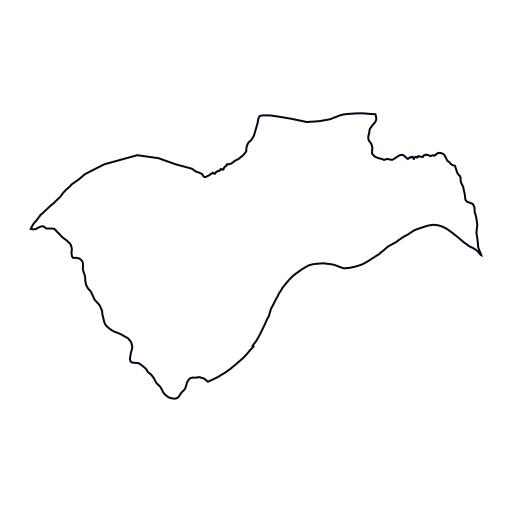 the district of Huoixai, Bokeo, Laos
{"feature_id": "54806243B92190499984155", "entity_name": "Huoixai", "entity_type": "district", "adm_level": 2, "iso_a3": "LAO", "parent_name": "Laos", "parent_adm1": "Bokeo", "projection": "orthographic", "projection_center": [100.641, 20.359], "detail": "fine", "context": "isolated", "style": "outline", "palette": "ink", "viewbox_px": 512, "rotation_deg": 0, "n_neighbors": 0, "source": "geoboundaries", "source_scale": "gbopen_adm2", "svg_char_len": 6001}
<svg xmlns="http://www.w3.org/2000/svg" viewBox="0 0 512 512"><path d="M375.4,114.2L370.8,114.0L364.2,113.4L360.1,113.3L356.1,113.4L347.2,114.0L343.3,114.5L340.1,115.3L335.9,117.0L334.0,117.6L330.9,119.0L326.8,119.9L324.0,120.3L322.5,120.6L318.9,121.2L315.0,121.5L311.3,121.7L306.7,122.0L291.0,118.7L276.4,116.3L270.0,115.4L262.6,115.4L259.6,116.0L258.3,118.8L257.5,123.4L253.9,135.8L251.4,139.9L248.4,142.7L247.3,144.8L246.4,147.9L246.2,151.5L243.1,155.3L238.1,159.3L236.9,159.7L234.3,161.2L233.3,162.1L231.3,163.5L229.7,164.1L228.7,164.2L226.9,164.3L226.7,165.2L226.4,165.8L225.2,166.5L224.1,167.6L223.9,168.2L223.4,169.4L222.8,169.7L222.2,169.7L221.8,169.1L221.1,169.1L220.5,169.2L220.3,169.8L219.9,170.5L218.4,171.1L217.3,171.2L216.9,171.7L216.1,172.0L215.6,172.4L215.4,173.3L215.1,173.7L214.4,173.7L213.7,173.3L213.4,173.2L213.1,172.9L212.7,172.7L212.0,173.5L210.6,174.1L209.5,175.1L209.2,175.3L208.3,175.7L207.6,176.0L207.0,176.3L205.9,176.9L205.5,177.1L204.2,176.9L203.4,176.1L202.6,174.9L202.0,174.0L200.7,173.4L199.8,173.0L197.4,172.0L195.3,171.2L191.9,168.7L175.3,164.2L158.5,158.2L137.3,155.2L104.3,164.3L87.4,172.9L84.5,174.5L79.8,178.6L77.0,180.7L72.7,183.6L71.4,184.7L69.0,187.3L66.4,189.4L63.3,192.7L61.3,195.4L60.2,196.9L58.6,198.4L56.7,200.2L53.7,203.2L50.8,205.5L48.9,207.2L47.1,209.0L45.3,210.5L43.7,212.2L40.6,214.9L36.2,220.8L34.2,222.9L33.1,224.5L32.4,225.7L30.7,228.9L31.5,229.1L32.8,229.3L33.9,229.3L35.7,229.1L37.4,228.1L39.0,227.3L41.0,226.5L42.0,226.3L43.0,226.3L43.5,226.4L44.3,226.9L45.8,228.3L46.6,228.5L47.7,228.6L51.2,228.5L53.6,228.7L54.4,228.9L54.7,229.3L55.1,229.9L55.5,230.1L55.9,230.2L56.1,230.7L56.7,231.5L58.7,233.3L59.6,234.3L60.2,234.8L60.8,235.8L61.3,236.3L62.0,236.8L62.7,237.5L64.5,238.9L66.9,240.6L68.2,242.0L69.3,242.8L70.3,244.1L71.1,245.6L71.4,246.9L71.8,248.5L71.8,250.4L71.5,251.8L71.5,253.3L71.8,255.4L72.0,256.4L72.5,257.2L73.0,257.8L73.9,257.9L75.6,257.8L78.3,258.2L79.4,258.6L80.2,259.0L80.7,259.5L81.9,260.9L82.4,261.5L82.9,263.1L83.0,264.5L83.0,266.5L82.8,268.3L83.1,270.2L83.6,272.0L84.3,274.1L85.0,276.1L85.2,278.0L85.2,280.2L85.8,283.6L86.3,285.3L87.6,287.8L89.2,289.8L90.2,290.8L91.3,292.3L91.7,293.5L92.9,295.9L94.3,299.1L95.1,300.3L96.3,301.5L97.1,302.5L98.1,303.5L99.1,304.6L100.0,306.0L100.6,307.6L101.2,308.8L101.9,310.5L102.2,312.0L102.3,313.8L102.9,316.6L103.2,317.6L104.3,322.3L105.4,324.5L106.5,326.0L109.0,328.3L112.2,330.5L113.8,331.4L115.8,332.2L117.6,332.9L121.2,334.4L124.6,336.4L126.3,337.3L128.0,338.3L129.2,339.8L130.6,341.3L131.4,343.0L132.3,346.8L132.0,348.9L131.5,350.7L130.8,353.1L130.5,355.3L129.9,359.1L130.4,361.0L131.4,362.3L131.8,362.3L133.8,362.8L137.8,363.0L139.5,363.7L142.8,366.1L145.2,368.2L145.7,368.6L146.7,369.9L147.4,371.4L149.0,373.0L151.1,374.5L152.3,376.1L153.4,377.5L154.6,379.6L155.9,382.1L156.8,383.5L158.8,385.3L160.4,387.0L161.1,388.4L161.9,389.6L162.8,391.6L163.9,393.3L165.3,394.8L167.9,396.9L169.6,397.7L172.2,398.4L174.3,398.7L176.3,398.4L178.3,397.3L179.6,395.3L181.3,392.8L182.0,392.0L183.8,390.3L184.7,389.3L185.9,386.7L186.3,385.1L186.9,383.0L187.4,381.8L188.1,380.6L189.0,379.4L189.7,378.6L190.8,378.0L191.6,377.9L192.3,377.6L193.4,377.6L195.4,377.7L196.2,377.6L197.0,377.5L197.4,377.3L198.9,377.2L199.9,377.2L201.6,377.9L204.0,378.6L204.8,379.1L205.7,379.9L206.5,380.5L207.5,381.5L208.0,381.7L209.8,380.8L211.5,380.1L214.6,378.6L217.1,377.4L219.1,376.3L221.4,374.8L225.3,372.5L230.0,369.2L236.6,363.7L243.7,357.5L245.0,356.0L247.0,353.9L249.2,351.3L250.6,349.6L251.7,348.5L253.4,346.6L252.5,346.0L253.9,344.0L256.4,340.7L258.6,336.9L260.3,333.6L261.9,330.4L263.6,326.9L265.0,324.0L266.9,319.6L268.9,316.1L269.6,313.5L271.0,308.8L273.4,304.4L275.3,300.4L277.2,297.2L279.1,293.2L280.6,291.1L282.5,287.8L284.2,285.7L287.1,282.1L290.5,278.3L293.3,275.6L296.5,273.2L302.4,269.0L308.4,265.5L312.5,264.3L315.6,263.9L319.1,263.6L322.9,263.3L326.7,263.7L330.2,264.1L333.6,264.7L337.6,266.1L339.9,267.0L343.3,268.2L345.2,268.3L349.6,267.8L351.7,267.4L355.3,266.6L358.4,265.7L361.6,264.6L364.1,263.4L366.9,261.9L376.9,255.5L379.3,254.0L381.0,252.4L384.0,250.0L386.8,247.5L388.7,246.1L391.6,244.5L396.1,242.1L399.3,239.7L403.7,236.7L407.6,234.7L413.7,230.6L417.0,229.2L425.1,226.5L428.2,225.6L432.0,224.9L435.2,224.9L438.6,225.4L441.8,226.4L445.5,228.1L446.8,228.9L451.5,232.2L453.5,233.8L456.2,235.9L459.0,238.1L461.3,240.2L464.6,242.9L467.0,244.5L468.9,246.0L470.6,246.9L473.5,248.3L475.1,249.3L476.9,250.6L478.2,251.8L479.5,253.5L480.8,255.0L481.3,255.2L478.7,248.7L478.1,246.7L477.9,243.3L477.4,239.0L476.4,232.7L477.3,224.9L476.3,217.9L475.3,213.8L474.7,212.6L474.5,207.4L472.9,204.0L466.8,201.6L465.6,200.0L465.2,198.4L464.8,194.4L463.6,189.1L463.2,186.8L461.5,183.6L461.0,182.4L460.5,179.5L460.6,177.8L460.1,176.4L459.2,175.3L457.8,173.9L457.1,172.2L455.5,167.6L455.0,165.8L452.2,165.0L450.5,163.6L449.4,162.2L447.3,160.7L444.4,154.9L442.5,153.6L441.1,153.1L438.7,152.9L437.9,153.1L437.2,153.6L436.5,153.9L436.0,154.7L435.3,155.0L434.6,155.2L434.2,155.8L433.1,155.3L432.1,155.4L431.3,155.9L430.7,156.1L429.8,155.9L428.6,155.2L427.5,154.9L426.8,155.0L425.8,154.6L425.3,155.1L424.3,155.1L423.8,155.6L423.1,156.0L422.9,156.4L422.9,156.9L421.7,156.9L420.7,156.7L420.3,156.6L419.6,156.6L419.0,156.5L418.8,156.1L418.4,156.1L417.8,156.4L417.3,157.4L416.8,157.1L416.3,157.3L415.8,156.9L415.3,157.0L414.9,157.3L414.1,157.9L414.0,158.2L413.9,158.9L413.7,158.9L413.4,158.1L413.1,157.8L412.0,157.4L412.0,157.1L412.1,156.9L410.1,157.2L409.9,157.6L409.6,158.0L408.9,158.1L408.7,158.2L408.2,158.8L407.9,159.0L407.4,158.6L403.5,155.3L402.5,154.9L400.3,155.0L398.4,156.0L393.4,159.3L392.1,159.8L390.1,159.6L388.3,159.1L386.5,159.0L385.0,159.7L383.9,159.9L382.2,159.0L380.6,158.7L377.6,157.9L374.7,156.5L372.5,154.3L372.0,152.9L372.3,148.0L371.9,145.5L371.0,143.4L369.3,141.2L368.4,139.2L368.2,137.4L368.4,135.7L369.0,134.1L369.5,130.2L370.0,128.7L371.3,127.0L372.3,125.4L372.9,124.8L374.6,122.8L375.5,121.5L376.1,120.0L376.3,118.6L376.0,116.5L375.4,114.2Z" fill="none" stroke="#020617" stroke-width="2"/></svg>